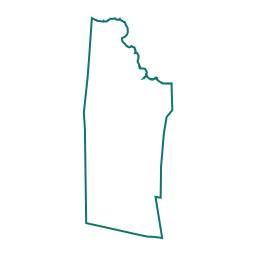 outline of Siumu, Tuamasaga, Samoa, rotated 178°
{"feature_id": "51752279B86621231996740", "entity_name": "Siumu", "entity_type": "district", "adm_level": 2, "iso_a3": "WSM", "parent_name": "Samoa", "parent_adm1": "Tuamasaga", "projection": "robinson", "projection_center": [-171.773, -13.986], "detail": "fine", "context": "isolated", "style": "outline", "palette": "teal", "viewbox_px": 256, "rotation_deg": 178, "n_neighbors": 0, "source": "geoboundaries", "source_scale": "gbopen_adm2", "svg_char_len": 2377}
<svg xmlns="http://www.w3.org/2000/svg" viewBox="0 0 256 256"><g transform="rotate(178 128 128)"><path d="M173.1,34.4L137.8,25.3L126.4,22.3L112.7,18.8L105.9,18.3L97.7,16.9L102.9,58.2L97.8,57.2L96.3,88.4L92.5,120.2L89.1,137.5L83.1,144.3L83.0,163.9L82.9,171.1L85.3,170.9L86.2,171.0L86.3,171.3L87.0,171.3L87.3,171.0L88.0,170.9L89.0,171.3L91.3,171.3L91.8,171.4L92.0,171.7L92.5,171.6L92.8,171.8L92.9,172.2L93.2,172.2L95.4,173.6L96.8,174.9L97.1,175.6L97.1,176.5L97.7,176.3L97.9,176.5L98.2,176.1L98.7,176.6L98.3,176.8L98.1,177.4L98.3,177.5L99.3,176.9L99.7,176.4L100.4,176.3L100.6,176.0L101.3,176.0L101.6,175.4L102.4,175.5L102.6,176.1L103.2,176.2L103.5,175.9L104.0,175.9L104.3,176.5L105.1,176.7L106.2,177.7L106.7,178.3L107.0,178.8L107.5,180.4L107.9,180.4L107.7,179.7L108.0,179.1L108.5,178.6L109.5,178.2L110.3,177.2L110.8,177.1L110.5,177.4L109.5,178.5L108.4,179.0L108.1,179.4L108.2,181.0L107.8,181.9L107.2,182.9L107.3,183.7L108.1,184.8L108.8,186.5L109.3,186.4L109.9,186.8L112.2,187.1L113.6,187.0L114.4,187.6L114.4,187.9L113.9,188.7L114.1,189.3L114.7,189.5L114.7,191.1L115.3,192.5L115.7,193.1L116.1,194.4L115.7,195.7L115.4,196.6L115.0,197.0L115.2,198.9L114.9,199.4L115.0,200.1L115.3,200.8L116.0,202.0L116.2,202.6L116.9,202.9L117.9,202.6L118.4,202.6L117.9,203.9L118.0,204.2L117.7,204.6L117.7,205.3L118.3,205.9L118.3,206.9L118.4,207.5L118.9,207.9L118.9,208.4L119.8,208.6L120.7,209.2L121.0,209.0L121.8,209.8L123.4,208.6L124.0,208.6L124.9,208.9L125.1,209.2L126.0,209.6L126.2,210.1L127.1,210.5L128.0,212.0L128.7,212.5L129.1,213.1L129.7,213.6L130.5,214.6L130.8,215.8L130.9,216.8L130.8,217.6L130.6,218.3L128.7,218.9L127.5,219.6L126.1,220.9L124.9,223.4L124.8,224.3L124.9,225.6L124.8,226.0L124.9,227.4L125.2,228.5L126.0,230.1L126.4,230.4L126.4,230.8L126.9,231.7L126.9,232.1L127.2,233.2L127.6,234.0L128.0,233.7L130.1,235.3L130.4,235.3L131.2,235.8L131.6,236.4L132.3,236.6L132.4,237.3L132.7,237.1L132.7,236.6L133.6,236.3L134.7,236.6L135.4,236.6L136.6,237.3L136.7,237.7L137.2,237.8L137.4,238.1L137.8,237.8L139.6,237.6L140.0,237.7L141.8,237.8L143.5,236.6L144.0,236.6L144.4,236.0L145.3,235.4L146.5,235.2L147.2,235.4L147.5,235.2L148.4,235.4L148.6,235.7L148.9,235.2L149.8,235.4L151.6,235.6L152.2,235.9L153.5,235.8L155.3,236.3L155.8,237.0L156.8,237.0L158.4,238.2L158.8,238.2L160.3,239.1L164.1,202.5L166.5,180.8L171.6,144.9L171.1,128.7L173.1,34.4Z" fill="none" stroke="#0f766e" stroke-width="2"/></g></svg>